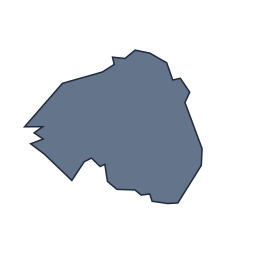 Menifee, Kentucky, United States of America (Mercator projection), rotated 216°
{"feature_id": "52423323B19436754719292", "entity_name": "Menifee", "entity_type": "district", "adm_level": 2, "iso_a3": "USA", "parent_name": "United States of America", "parent_adm1": "Kentucky", "projection": "mercator", "projection_center": [-83.6, 37.939], "detail": "fine", "context": "isolated", "style": "filled", "palette": "slate", "viewbox_px": 256, "rotation_deg": 216, "n_neighbors": 0, "source": "geoboundaries", "source_scale": "gbopen_adm2", "svg_char_len": 548}
<svg xmlns="http://www.w3.org/2000/svg" viewBox="0 0 256 256"><g transform="rotate(216 128 128)"><path d="M51.4,90.3L43.6,96.7L46.7,140.8L55.9,154.8L96.9,182.1L99.1,193.2L114.9,199.0L120.0,193.1L135.0,203.5L154.3,201.4L168.0,195.2L171.3,182.5L182.2,176.2L176.5,171.3L181.7,158.2L207.3,125.6L212.4,68.2L197.8,78.9L201.1,68.9L190.2,69.2L197.5,58.0L180.3,57.7L142.6,52.5L143.6,75.0L139.9,82.2L127.9,80.5L125.4,85.0L113.2,72.7L100.9,71.8L86.1,81.9L77.9,81.5L71.6,87.4L65.4,82.9L51.4,90.3Z" fill="#64748b" stroke="#1e293b" stroke-width="1.5"/></g></svg>